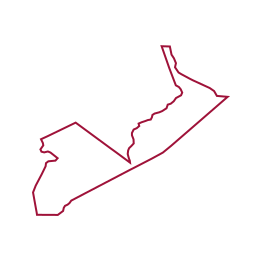 the district of Calumbi, Pernambuco, Brazil, rotated 262°
{"feature_id": "56859067B78601657287504", "entity_name": "Calumbi", "entity_type": "district", "adm_level": 2, "iso_a3": "BRA", "parent_name": "Brazil", "parent_adm1": "Pernambuco", "projection": "equal_earth", "projection_center": [-38.061, -8.019], "detail": "fine", "context": "isolated", "style": "outline", "palette": "rose", "viewbox_px": 256, "rotation_deg": 262, "n_neighbors": 0, "source": "geoboundaries", "source_scale": "gbopen_adm2", "svg_char_len": 1183}
<svg xmlns="http://www.w3.org/2000/svg" viewBox="0 0 256 256"><g transform="rotate(262 128 128)"><path d="M204.3,172.7L181.6,177.2L163.6,181.3L161.5,184.1L159.0,185.6L155.5,186.6L153.0,185.1L151.0,179.7L148.1,177.0L146.1,173.7L145.6,170.6L142.2,168.9L140.0,164.2L139.2,161.2L138.6,156.3L137.5,154.0L135.3,153.2L133.2,151.7L133.1,148.7L132.5,146.2L131.8,142.3L130.9,139.1L128.4,139.4L126.6,136.6L125.7,133.4L122.5,131.2L120.2,130.9L116.0,131.9L111.9,131.5L109.7,128.8L107.9,126.3L105.7,125.0L102.3,124.1L99.6,124.4L97.5,124.7L95.5,125.2L93.4,125.2L105.2,113.2L108.1,110.2L110.1,108.1L140.6,76.9L131.0,47.0L129.0,40.3L125.0,41.6L122.6,41.7L119.0,38.3L116.6,39.0L115.5,41.6L115.9,45.4L114.5,47.8L107.9,54.1L105.8,51.6L106.1,44.5L104.6,41.9L101.6,41.1L94.2,36.1L83.8,28.6L77.4,25.0L61.5,25.6L57.0,25.8L54.7,25.8L51.7,46.4L54.9,52.2L57.9,53.3L59.7,54.8L60.5,57.5L61.8,59.6L64.0,61.7L68.8,75.1L86.1,123.6L87.6,128.0L94.4,147.4L98.8,159.1L104.4,168.3L121.6,194.9L145.0,231.0L147.4,220.5L152.6,218.4L156.2,214.5L166.2,198.9L168.3,195.9L173.8,188.4L175.9,185.8L181.6,183.0L185.5,184.5L190.6,183.2L194.6,181.3L202.9,180.8L204.3,172.7Z" fill="none" stroke="#9f1239" stroke-width="2"/></g></svg>